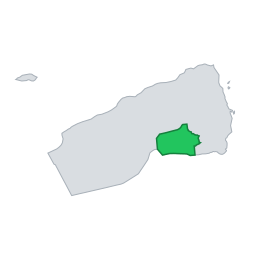 Khab wa Ash Sha'f, Al Jawf, Yemen (highlighted), rotated 175°
{"feature_id": "15242507B11673803403546", "entity_name": "Khab wa Ash Sha'f", "entity_type": "district", "adm_level": 2, "iso_a3": "YEM", "parent_name": "Yemen", "parent_adm1": "Al Jawf", "projection": "mercator", "projection_center": [45.303, 16.593], "detail": "fine", "context": "in_parent", "style": "filled", "palette": "green", "viewbox_px": 256, "rotation_deg": 175, "n_neighbors": 0, "source": "geoboundaries", "source_scale": "gbopen_adm2", "svg_char_len": 5305}
<svg xmlns="http://www.w3.org/2000/svg" viewBox="0 0 256 256"><g transform="rotate(175 128 128)"><path d="M210.0,110.0L200.9,113.3L198.5,114.8L196.3,116.6L194.7,118.9L193.6,122.9L194.4,126.6L194.3,128.5L192.0,129.8L189.8,130.8L187.4,132.2L185.9,132.6L184.7,133.7L183.3,134.5L178.2,136.6L172.7,138.2L163.9,140.1L160.5,142.1L157.4,143.6L152.8,144.0L146.3,145.9L142.7,147.5L138.3,150.1L137.3,150.9L136.5,152.8L135.2,154.4L132.5,157.1L130.5,158.4L129.1,158.5L126.5,159.3L123.5,159.4L118.3,158.5L117.0,159.1L115.9,160.2L111.9,162.0L107.8,165.6L104.8,166.6L100.0,167.7L96.7,169.3L94.4,169.9L91.5,170.2L86.1,170.0L81.0,170.6L76.3,171.6L74.1,173.6L71.6,176.6L67.4,177.9L66.5,179.0L65.2,181.3L62.5,181.8L60.1,182.2L57.6,181.2L52.9,184.0L51.2,184.4L48.5,184.5L46.6,185.1L45.2,184.9L43.5,183.9L39.9,182.6L37.3,183.4L37.1,180.8L32.7,172.9L33.6,166.0L33.6,165.1L32.7,162.0L30.1,159.2L30.2,155.6L29.3,153.0L28.6,150.4L28.8,149.7L28.9,149.1L27.6,145.0L27.1,144.2L26.9,143.3L27.4,142.7L27.4,141.9L26.7,140.7L25.9,138.3L22.3,136.4L23.1,134.7L23.8,135.3L24.7,135.8L24.9,134.7L24.9,133.8L23.4,128.6L25.6,121.5L24.9,115.1L28.3,112.6L29.1,111.8L29.6,111.1L30.4,109.7L31.5,109.2L31.9,107.6L31.8,106.9L31.1,106.2L30.6,104.4L30.8,102.2L31.0,101.2L31.3,99.5L32.5,98.8L32.8,98.3L31.9,97.2L31.9,96.6L33.9,94.7L34.7,94.2L36.0,93.6L37.0,93.6L38.2,93.9L39.3,94.5L40.3,95.4L41.3,96.5L43.0,96.9L44.1,96.8L45.0,97.2L45.8,97.0L46.6,96.4L48.0,96.5L49.3,95.8L52.9,95.5L56.3,95.7L59.9,95.2L63.5,95.3L67.2,95.3L68.0,95.4L68.7,95.7L71.8,97.3L74.1,97.7L78.8,98.1L83.8,98.6L88.1,99.0L91.7,98.6L94.8,98.3L95.6,98.3L96.5,99.3L98.3,101.9L100.0,104.2L103.1,104.3L105.0,103.5L107.1,102.2L108.4,101.2L109.9,97.4L110.9,94.9L113.1,92.1L115.0,89.7L117.5,86.6L118.9,84.9L121.6,81.5L124.1,80.2L129.1,77.6L134.0,75.1L137.2,73.5L139.9,72.7L144.5,72.1L149.8,71.3L155.1,70.5L160.8,69.7L167.2,68.8L171.5,68.2L177.1,67.4L181.7,66.8L185.8,66.2L190.0,65.6L190.8,67.5L191.6,69.4L192.4,71.3L193.2,73.2L194.0,75.1L194.8,77.0L195.6,78.9L196.4,80.7L197.2,82.6L198.0,84.5L198.8,86.4L199.6,88.3L200.4,90.2L201.2,92.1L202.0,94.0L202.8,95.8L203.5,97.7L204.8,98.3L205.6,100.0L206.7,102.5L207.8,105.0L208.9,107.5L210.0,110.0ZM222.2,184.6L223.3,184.8L224.9,184.1L229.8,184.1L235.6,186.1L234.5,186.7L233.9,187.4L231.3,188.1L228.7,189.7L221.4,190.4L219.2,190.0L217.4,188.5L214.1,186.5L215.4,185.2L215.7,184.6L216.2,184.1L218.0,183.1L219.9,183.3L222.2,184.6ZM24.7,159.9L24.4,160.3L24.1,160.2L23.0,159.2L24.2,158.1L24.9,159.1L24.7,159.9ZM21.1,135.1L20.6,135.5L20.4,134.8L20.8,133.2L21.4,132.7L21.7,133.9L21.5,134.6L21.1,135.1ZM24.1,164.8L22.9,165.4L23.7,163.9L24.6,163.6L24.8,163.7L24.1,164.8Z" fill="#d9dde1" stroke="#a8b0b8" stroke-width="1"/><path d="M100.5,104.3L100.2,103.9L99.9,103.5L99.7,103.2L99.3,102.7L99.1,102.3L98.8,101.9L98.5,101.5L98.2,101.1L97.9,100.8L97.7,100.4L97.3,99.9L97.1,99.6L96.8,99.2L96.5,98.8L96.3,98.4L96.0,98.0L95.5,98.1L95.1,98.1L94.7,98.2L94.2,98.2L93.8,98.3L93.4,98.4L93.0,98.4L92.5,98.5L92.1,98.5L91.7,98.6L91.2,98.7L90.8,98.7L90.4,98.8L89.9,98.8L89.5,98.9L89.1,98.9L88.6,98.9L88.1,98.9L87.6,98.9L87.2,98.8L86.7,98.8L86.2,98.8L85.7,98.7L85.3,98.7L84.7,98.7L84.3,98.6L83.8,98.6L83.4,98.5L82.8,98.5L82.3,98.4L81.9,98.3L81.4,98.3L80.9,98.2L80.4,98.1L79.9,98.1L79.4,98.0L79.0,98.0L78.5,97.9L78.0,97.8L77.5,97.8L77.0,97.7L76.5,97.7L76.0,97.6L75.6,97.5L75.1,97.5L74.6,97.4L74.1,97.4L73.6,97.3L73.1,97.2L72.7,97.2L72.1,97.1L71.7,97.1L71.3,96.8L70.9,96.6L70.4,96.4L70.0,96.1L69.6,95.9L69.2,95.7L68.8,95.4L68.4,95.2L67.9,95.2L67.5,95.2L67.0,95.2L66.5,95.2L66.1,95.2L65.6,95.2L65.1,95.2L64.7,95.2L64.2,95.2L63.9,95.2L63.6,95.2L63.6,96.2L63.6,98.9L63.6,99.0L63.6,101.0L63.6,102.4L63.6,104.3L62.4,104.2L62.2,104.4L61.9,104.5L61.7,104.8L61.6,105.0L61.4,105.1L61.2,105.1L60.9,105.3L60.7,105.4L60.5,105.5L60.4,105.5L60.2,105.5L59.9,105.6L59.7,105.6L59.4,105.8L59.2,106.0L58.9,106.1L58.7,106.1L58.4,106.1L58.2,106.2L58.1,106.3L58.0,106.5L57.9,106.5L57.7,106.8L57.4,107.0L57.2,107.1L57.4,107.2L57.6,107.3L57.9,107.4L58.0,107.4L58.1,107.5L58.3,107.6L58.3,108.0L58.3,108.4L58.4,109.3L58.5,109.7L58.5,109.9L58.5,110.0L58.7,110.5L58.8,110.9L58.9,111.3L59.0,111.7L59.0,111.8L58.9,112.0L58.8,112.3L58.0,113.6L57.8,113.9L57.9,114.0L58.0,114.0L58.3,114.1L58.5,114.1L58.8,114.3L59.0,114.4L59.1,114.5L59.3,114.7L59.4,114.8L59.5,114.8L59.8,115.0L60.0,114.9L60.3,114.9L60.5,115.0L60.8,115.0L61.0,115.1L61.3,115.2L61.5,115.2L61.6,115.3L61.8,115.3L62.0,115.5L62.3,115.6L62.5,115.8L62.6,116.0L62.8,116.1L63.0,116.3L63.2,116.5L63.3,116.5L63.6,116.7L63.8,116.7L64.0,116.7L64.3,116.7L64.5,116.7L64.9,116.8L65.2,117.6L65.3,117.8L65.3,118.5L65.9,118.7L66.2,118.8L66.7,119.1L67.1,119.4L67.2,119.5L67.4,119.6L67.9,120.1L68.2,120.4L68.2,120.5L68.3,120.5L68.4,121.0L68.5,121.4L68.6,121.5L68.8,122.3L69.0,126.7L69.6,126.7L72.1,126.7L72.7,126.7L72.9,126.7L73.1,126.7L73.3,126.6L73.6,126.4L73.8,126.2L74.0,126.0L74.1,125.9L74.3,125.6L74.7,125.0L75.1,124.4L75.7,123.7L75.9,123.6L76.1,123.4L76.6,123.1L77.0,122.8L77.3,122.7L77.7,122.5L77.8,122.4L78.1,122.3L78.3,122.2L78.6,122.1L78.9,122.0L79.2,121.9L79.3,121.9L79.8,121.8L80.1,121.8L81.7,121.5L82.5,121.4L87.7,120.5L90.5,120.0L97.1,119.1L97.6,118.4L100.5,115.2L100.5,111.6L100.5,109.4L100.5,108.3L100.5,108.2L100.5,107.2L100.5,106.5L100.5,105.6L100.5,104.7L100.5,104.3L100.5,104.3Z" fill="#22c55e" stroke="#15803d" stroke-width="1.5"/></g></svg>